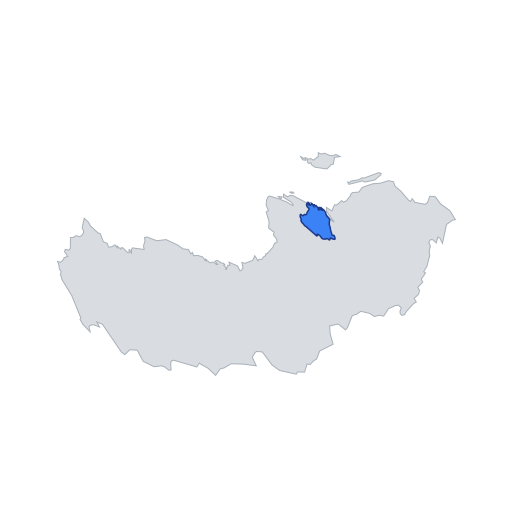 where Södermanland sits in Sweden, rotated 228°
{"feature_id": "SWE-185", "entity_name": "Södermanland", "entity_type": "County", "adm_level": 1, "iso_a3": "SWE", "parent_name": "Sweden", "parent_adm1": "", "projection": "equal_earth", "projection_center": [16.821, 59.079], "detail": "fine", "context": "in_parent", "style": "filled", "palette": "blue", "viewbox_px": 512, "rotation_deg": 228, "n_neighbors": 0, "source": "natural_earth", "source_scale": "10m", "svg_char_len": 6149}
<svg xmlns="http://www.w3.org/2000/svg" viewBox="0 0 512 512"><g transform="rotate(228 256 256)"><path d="M118.5,325.9L120.3,329.4L124.2,328.9L125.9,326.4L128.2,319.0L125.9,310.7L129.5,307.9L131.9,303.4L137.3,302.1L144.7,296.9L145.5,291.6L147.3,287.7L141.6,276.0L141.2,273.1L150.5,271.6L154.7,263.9L148.5,259.0L138.9,254.3L142.8,239.8L138.9,232.0L139.6,228.7L139.1,223.7L141.6,221.7L137.2,214.4L142.0,209.4L141.3,206.8L155.2,196.9L164.1,195.0L180.5,196.5L184.6,192.6L184.8,190.5L183.4,185.5L174.2,182.7L184.5,173.9L192.5,165.5L194.2,157.3L196.1,153.9L194.3,146.1L204.9,145.2L214.3,142.0L213.1,137.8L233.9,124.9L234.6,122.7L233.0,120.5L228.1,116.6L229.5,114.8L235.1,113.8L237.8,112.1L241.9,106.2L253.2,101.7L265.5,104.7L270.8,99.5L270.5,92.5L274.9,91.7L308.0,96.2L313.5,93.6L307.9,92.2L313.4,89.4L314.9,87.6L315.5,85.6L315.2,84.5L310.6,82.0L321.0,81.6L326.6,82.8L327.2,84.4L349.9,92.6L367.8,95.9L373.0,98.3L375.0,100.9L377.8,101.1L381.2,103.5L384.7,104.9L382.0,106.7L382.2,110.6L383.2,112.4L381.6,115.8L387.5,116.7L388.5,118.8L385.6,120.9L386.0,123.2L393.8,130.4L392.0,132.8L391.6,135.8L388.3,138.0L387.9,140.3L388.6,143.2L389.8,144.6L393.2,145.6L399.0,153.6L393.4,154.1L389.1,153.1L379.1,154.0L376.7,155.2L368.9,152.1L364.6,153.9L361.5,152.3L359.3,154.9L358.7,158.5L355.1,158.2L356.5,159.5L351.7,160.0L351.4,160.6L352.4,161.5L350.9,162.6L344.2,162.9L343.4,164.1L345.4,165.5L345.3,166.4L341.0,165.1L344.0,167.7L344.7,169.6L335.7,177.2L338.8,179.2L341.5,183.6L344.3,185.6L343.2,187.6L333.7,192.5L328.4,200.1L316.4,205.2L310.1,206.5L306.1,210.1L301.2,209.0L301.1,211.1L298.0,209.8L295.5,213.0L291.1,215.7L286.4,215.2L285.8,215.7L287.3,216.5L281.8,217.2L280.2,220.1L276.1,220.9L275.4,221.8L279.6,222.0L278.8,224.3L274.1,225.5L272.4,227.0L270.3,227.0L270.7,225.8L267.5,225.9L266.5,224.5L265.9,224.9L268.1,228.7L266.5,230.3L269.5,231.8L260.9,235.6L255.7,234.1L255.0,235.3L256.1,238.6L260.7,241.2L257.9,242.9L255.0,250.6L257.0,255.3L251.0,254.2L251.5,256.0L249.6,258.1L250.3,261.2L249.8,263.2L251.1,265.0L250.3,265.9L251.2,274.4L253.0,278.1L252.3,281.1L254.8,282.6L260.0,283.0L261.6,285.4L268.2,284.0L272.9,288.8L281.9,293.0L281.4,295.6L287.1,297.6L290.5,301.3L291.9,304.4L291.4,306.3L282.6,311.5L275.8,314.9L268.7,317.1L269.1,317.9L272.6,318.2L281.1,315.7L283.6,317.9L279.0,318.9L278.1,322.0L276.1,323.9L257.2,330.8L254.7,332.9L246.3,336.4L231.1,336.1L228.8,336.9L241.9,338.3L245.0,340.8L238.8,342.5L241.5,348.6L239.9,350.1L239.8,356.8L237.5,357.0L236.5,359.8L237.7,366.6L238.8,368.5L238.3,370.5L234.7,375.2L235.9,380.8L231.6,391.0L227.0,397.0L223.3,404.9L219.3,407.8L214.6,406.0L207.6,407.0L194.8,406.7L193.2,407.5L194.1,410.4L189.5,410.0L181.3,416.2L180.9,419.2L184.1,425.1L180.1,428.9L171.4,428.0L159.9,430.4L149.6,428.5L151.0,426.4L152.0,418.7L140.6,403.0L146.1,404.6L148.4,403.8L145.1,398.7L149.8,398.3L151.4,396.5L150.6,393.6L146.8,392.3L143.5,387.7L140.1,385.4L134.1,376.3L132.1,370.1L129.9,370.6L128.3,363.5L125.0,362.4L124.5,355.3L121.0,354.5L118.8,351.2L118.7,345.1L114.5,344.3L115.2,341.3L114.2,330.5L113.0,327.2L114.2,324.7L116.5,324.5L118.5,325.9ZM294.8,359.1L292.9,359.8L291.8,361.8L288.8,362.8L288.4,369.0L291.1,371.4L288.3,372.5L286.4,375.8L281.2,378.1L279.1,380.2L278.1,383.3L273.6,385.0L276.8,380.3L272.5,375.0L273.6,373.1L273.2,367.0L282.4,359.3L286.6,358.3L288.5,359.2L289.3,357.3L290.7,356.9L294.8,359.1ZM235.8,403.0L233.5,404.3L232.8,402.4L233.1,395.0L238.2,386.2L240.5,385.5L246.7,373.7L247.4,372.9L249.6,373.6L248.0,374.8L248.1,376.8L244.1,383.1L243.1,387.2L241.7,388.3L235.8,403.0ZM296.6,356.7L296.2,358.4L293.9,357.0L296.1,355.1L300.6,355.6L296.6,356.7ZM285.4,312.3L282.5,314.9L281.9,313.8L282.5,312.5L285.4,312.3ZM279.1,326.1L277.6,326.3L278.7,324.4L280.7,324.0L279.1,326.1Z" fill="#d9dde1" stroke="#a8b0b8" stroke-width="1"/><path d="M260.2,327.8L260.0,328.1L260.3,328.3L260.5,328.4L260.7,328.6L260.5,328.9L260.8,329.0L261.1,329.1L260.9,329.6L260.5,329.8L260.0,329.7L259.5,329.6L259.0,329.6L259.3,329.9L259.6,330.2L260.3,330.5L259.8,330.7L260.0,330.8L259.5,330.9L257.8,330.0L257.0,329.8L257.4,330.1L257.5,330.4L257.3,331.3L257.1,331.7L257.1,331.9L257.2,332.0L257.4,332.1L258.0,332.4L257.3,332.6L254.5,332.2L255.3,332.9L255.4,333.3L255.0,333.7L253.8,333.7L253.1,333.8L253.1,334.3L250.5,334.2L249.8,334.1L249.5,333.9L249.1,333.4L248.8,333.3L248.5,333.4L247.8,333.7L247.4,333.7L247.7,333.8L248.5,333.9L248.7,334.1L248.7,334.3L248.6,334.6L248.4,334.7L248.2,334.8L248.7,335.0L249.7,335.0L250.1,335.0L249.6,335.6L249.3,336.0L248.9,336.2L248.4,336.2L247.0,335.6L246.2,335.5L245.7,336.0L246.8,336.0L247.2,336.2L247.6,336.7L247.1,336.7L245.0,337.2L241.8,336.9L241.4,336.6L240.7,336.1L239.6,335.7L238.3,335.4L234.2,335.3L234.0,335.2L233.6,335.0L233.2,334.7L233.0,334.4L232.9,333.9L232.8,333.7L231.6,332.8L231.3,332.4L231.0,332.0L230.7,331.7L227.0,329.9L225.7,328.9L222.0,327.2L221.2,326.7L220.9,326.6L220.4,326.6L220.0,326.8L219.8,326.9L219.7,327.0L219.4,327.6L219.1,327.7L218.8,327.7L217.6,327.3L216.1,326.5L215.9,326.2L215.7,325.9L215.8,325.6L216.0,325.4L216.3,325.1L217.1,324.6L217.4,324.3L217.6,324.1L218.0,324.0L218.7,323.9L219.1,323.7L219.5,323.5L219.6,323.3L219.5,323.1L219.0,322.2L218.8,321.7L218.7,321.5L218.9,321.2L220.7,320.8L221.3,320.5L221.7,320.3L221.8,320.0L221.8,319.7L221.8,319.3L222.0,319.0L223.4,317.5L223.6,317.3L224.1,317.1L225.0,316.8L225.6,316.8L226.0,316.8L227.5,317.1L228.0,317.1L228.7,317.0L230.3,316.6L230.8,316.4L231.1,316.3L231.2,316.1L231.2,315.9L230.6,315.6L230.4,315.5L230.2,315.3L230.2,315.1L230.1,314.8L230.2,314.6L230.3,314.6L230.5,314.5L243.3,313.0L243.7,313.0L244.3,313.0L244.6,312.9L246.0,312.4L248.4,312.7L250.1,312.5L250.6,312.6L251.3,312.8L252.2,313.2L252.3,313.2L252.3,313.3L252.4,313.5L252.8,314.0L253.5,314.4L255.0,314.8L255.7,315.2L256.2,315.5L256.9,316.4L257.1,316.6L257.1,316.8L257.0,317.1L256.6,317.3L255.8,317.3L255.4,317.4L255.1,317.5L254.8,317.7L254.5,318.0L254.4,318.6L254.5,319.4L254.4,319.9L253.5,320.5L253.3,320.7L253.2,320.9L253.2,321.1L253.3,321.5L253.4,321.8L253.5,322.2L253.8,322.6L254.4,323.6L254.8,325.7L255.0,326.1L255.1,326.3L255.6,326.9L255.8,327.0L256.2,327.1L257.7,327.0L258.8,327.1L259.5,327.4L260.2,327.8Z" fill="#3b82f6" stroke="#1e3a8a" stroke-width="1.5"/></g></svg>